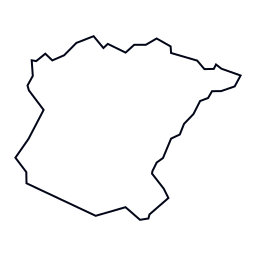 Oglethorpe, Georgia, United States of America
{"feature_id": "52423323B55328692258932", "entity_name": "Oglethorpe", "entity_type": "district", "adm_level": 2, "iso_a3": "USA", "parent_name": "United States of America", "parent_adm1": "Georgia", "projection": "orthographic", "projection_center": [-83.037, 33.869], "detail": "fine", "context": "isolated", "style": "outline", "palette": "ink", "viewbox_px": 256, "rotation_deg": 0, "n_neighbors": 0, "source": "geoboundaries", "source_scale": "gbopen_adm2", "svg_char_len": 694}
<svg xmlns="http://www.w3.org/2000/svg" viewBox="0 0 256 256"><path d="M168.4,198.0L163.7,188.6L152.0,173.6L152.4,171.2L156.7,162.5L163.0,158.0L171.1,138.6L179.8,134.5L184.0,123.9L193.5,114.0L200.1,101.0L208.1,98.0L212.0,91.2L221.1,91.1L234.7,86.4L240.6,75.5L221.4,68.7L216.0,64.5L213.8,68.9L204.4,69.1L197.2,60.6L171.1,53.0L170.6,46.4L156.6,38.5L145.8,44.8L134.2,44.8L125.6,52.6L107.8,43.9L103.4,48.0L93.6,36.2L76.4,42.9L64.1,55.3L52.3,60.4L45.3,53.7L36.2,61.1L31.7,60.3L32.8,75.9L27.5,85.5L28.9,90.4L43.6,109.9L42.6,111.9L28.5,138.9L15.4,157.7L26.3,172.1L26.5,183.3L95.7,215.8L125.5,207.2L140.0,219.8L148.4,218.5L149.5,214.4L168.4,198.0Z" fill="none" stroke="#020617" stroke-width="2"/></svg>